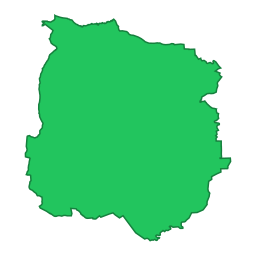 Ilieni, Covasna, Romania
{"feature_id": "2599482B87460313327434", "entity_name": "Ilieni", "entity_type": "district", "adm_level": 2, "iso_a3": "ROU", "parent_name": "Romania", "parent_adm1": "Covasna", "projection": "robinson", "projection_center": [25.742, 45.805], "detail": "fine", "context": "isolated", "style": "filled", "palette": "green", "viewbox_px": 256, "rotation_deg": 0, "n_neighbors": 0, "source": "geoboundaries", "source_scale": "gbopen_adm2", "svg_char_len": 5653}
<svg xmlns="http://www.w3.org/2000/svg" viewBox="0 0 256 256"><path d="M150.0,240.6L150.5,240.6L151.2,240.2L151.8,240.0L153.4,240.1L154.2,239.6L154.8,239.4L156.0,240.3L156.5,240.4L157.2,240.1L157.7,239.1L158.1,238.7L159.3,238.2L159.5,237.8L159.0,237.5L157.8,237.7L156.6,237.1L156.1,236.7L155.9,236.1L156.0,235.5L156.7,235.1L157.8,235.1L158.9,235.5L159.9,235.3L160.3,234.9L160.1,233.5L160.3,232.8L161.2,231.9L162.2,231.3L162.9,230.5L163.4,230.6L164.1,231.4L164.7,231.6L165.6,230.5L166.1,230.3L167.3,230.5L168.3,230.4L169.2,229.7L170.6,229.1L170.7,228.6L170.6,227.9L170.4,227.5L169.4,226.8L169.4,226.6L169.8,226.2L170.9,226.1L171.7,226.3L172.5,227.0L173.3,227.2L177.8,226.8L178.5,227.0L179.9,228.2L180.5,228.4L182.8,228.3L182.9,227.8L182.8,227.1L181.5,226.2L181.3,225.7L181.1,224.0L181.4,222.5L182.0,222.1L184.7,221.8L185.5,221.3L186.3,220.2L189.0,218.0L191.6,212.8L197.1,212.5L203.0,209.9L203.4,209.5L207.1,204.5L206.9,203.6L207.1,203.0L207.0,201.8L209.1,196.6L209.5,193.9L209.7,193.6L209.7,193.1L208.3,191.3L207.9,188.9L208.7,181.3L211.7,179.4L211.6,176.6L216.9,173.8L220.9,172.0L220.7,168.8L227.6,168.6L227.9,167.8L227.8,166.3L230.6,161.5L230.3,158.1L220.1,158.4L220.1,158.0L221.6,157.9L221.3,154.2L221.4,150.4L221.3,146.3L221.2,146.3L221.2,141.1L216.2,141.0L216.0,138.3L217.1,137.0L215.7,135.7L217.0,134.4L216.3,131.2L218.4,130.3L217.0,127.9L216.8,126.6L217.5,125.1L218.8,124.9L219.3,124.6L219.3,123.6L218.8,123.2L214.8,122.5L214.4,121.7L214.5,121.3L215.6,120.6L216.1,120.7L217.0,120.1L217.2,119.7L218.6,118.5L218.1,116.1L218.5,113.6L216.9,113.0L216.4,111.3L216.2,109.3L216.4,109.0L214.5,108.5L212.4,108.2L210.1,106.7L206.8,103.6L206.0,102.4L205.4,102.1L204.8,101.0L203.9,101.4L202.0,101.5L200.7,102.2L200.1,102.1L200.0,101.4L200.1,101.0L201.0,100.3L201.0,99.5L201.5,99.1L201.8,97.2L202.2,96.7L204.3,95.6L207.1,93.7L209.5,93.4L211.1,93.6L213.4,93.4L216.2,92.1L216.7,88.9L217.7,86.2L217.8,85.4L217.3,83.5L217.5,82.5L218.0,81.6L219.0,80.5L221.7,76.9L221.1,76.6L220.0,75.5L219.4,74.5L219.4,74.1L220.0,73.1L215.2,71.1L217.1,69.8L218.2,68.8L220.7,68.0L218.9,66.2L215.9,62.0L214.0,60.7L213.4,60.7L213.0,61.4L213.4,63.1L213.2,63.5L212.2,63.7L210.3,62.5L209.8,62.6L207.5,63.4L206.6,63.1L206.1,61.8L204.0,60.4L202.0,60.8L200.9,59.4L200.7,58.3L198.5,59.2L196.0,55.5L195.2,55.5L194.6,49.2L188.9,49.4L188.9,49.1L184.3,48.9L183.9,44.5L180.7,44.1L174.3,44.7L173.9,44.4L173.9,44.0L173.5,43.8L171.7,43.6L169.6,44.4L165.8,44.7L163.5,44.5L161.5,43.9L160.4,43.2L159.6,43.0L158.8,43.1L157.2,42.9L154.3,43.3L149.0,43.2L145.2,41.8L143.6,40.4L141.1,38.6L138.1,37.0L133.4,35.3L131.1,35.1L129.7,34.6L128.5,33.6L128.2,32.9L126.7,31.6L122.2,30.8L120.7,31.0L119.7,30.9L119.6,30.5L119.0,30.1L118.8,29.6L118.3,27.4L118.5,26.5L117.4,25.2L116.8,24.8L116.4,23.2L115.8,22.3L115.7,21.3L113.7,19.2L112.3,20.2L112.5,20.7L112.3,20.9L112.0,21.0L111.3,20.6L110.7,20.9L110.6,21.3L110.0,21.2L110.2,21.3L110.2,21.5L109.7,21.7L109.6,21.9L108.1,21.5L107.9,21.7L108.1,21.8L107.3,22.3L107.2,22.3L107.3,22.0L107.1,21.9L106.5,22.2L106.0,23.2L105.1,23.5L104.4,23.1L104.2,23.4L103.8,23.2L102.8,23.1L102.4,22.7L102.1,22.8L102.0,23.4L101.8,23.5L99.6,23.3L99.2,23.5L98.5,24.9L98.0,24.9L97.2,24.6L97.1,24.4L97.8,23.8L96.5,23.3L95.6,24.0L94.8,23.9L93.1,24.2L92.4,24.1L92.0,23.6L91.5,23.6L91.1,23.9L91.0,24.3L88.7,24.8L88.4,24.8L88.3,24.6L88.1,24.6L87.7,25.2L85.5,25.9L83.9,25.6L83.3,25.6L83.0,26.4L82.7,26.8L82.3,26.8L81.5,26.2L81.2,26.4L81.3,26.6L80.9,26.5L80.7,25.9L80.4,25.8L79.3,25.8L78.0,25.2L77.7,24.7L76.3,24.3L75.6,23.8L73.9,22.5L71.9,20.0L69.9,19.7L69.4,19.2L68.0,18.9L67.3,18.4L62.9,17.9L59.8,17.2L55.3,15.7L54.9,15.4L54.9,19.0L54.2,19.8L54.2,20.1L50.6,22.1L47.5,21.6L47.3,21.2L42.8,21.1L42.2,21.4L42.3,21.9L42.9,22.3L43.3,22.3L44.0,21.9L44.3,21.9L44.0,22.3L44.0,22.9L42.4,24.8L42.3,25.7L43.0,25.7L45.2,24.3L53.0,30.4L52.1,32.8L50.8,34.4L50.4,37.5L50.1,38.1L49.3,38.8L50.0,39.7L51.2,43.1L51.7,43.6L52.0,43.7L53.0,44.6L55.6,46.1L56.6,47.1L56.6,47.8L56.9,48.5L56.2,49.6L55.4,49.8L55.4,50.2L55.2,50.4L54.2,50.9L53.4,51.5L52.5,52.7L51.8,53.0L49.7,54.9L49.6,55.4L49.1,56.3L49.0,57.1L49.1,57.5L48.3,59.0L48.3,59.5L46.8,61.4L46.6,61.9L45.6,63.3L45.3,64.2L44.6,64.9L44.1,66.0L43.8,67.1L42.3,68.7L42.6,69.8L42.5,70.3L41.8,72.2L40.8,73.9L40.2,77.5L39.5,78.2L39.5,79.2L40.1,82.8L40.0,83.3L39.3,84.6L39.4,86.5L39.0,89.1L39.5,91.6L39.7,93.6L40.0,94.9L40.0,98.2L39.5,102.3L38.8,104.4L38.7,109.1L39.2,111.8L38.9,113.3L39.5,114.0L39.7,116.8L41.2,120.1L42.9,123.1L43.0,123.6L42.4,125.3L42.3,127.8L39.9,130.6L39.8,132.3L40.0,133.1L39.5,134.4L38.3,135.3L38.0,136.0L37.2,137.0L36.5,137.1L35.2,137.8L34.6,137.9L32.7,137.1L31.1,136.8L29.5,135.6L27.4,136.1L27.1,136.8L26.3,146.4L27.1,149.4L26.9,150.6L26.5,151.7L25.5,153.0L25.4,153.8L25.5,156.8L28.6,157.7L29.2,157.6L30.0,158.3L29.3,161.5L29.0,164.1L28.6,165.3L28.3,167.7L28.4,169.6L28.2,170.6L27.3,171.7L26.8,173.5L26.3,174.6L27.9,175.1L29.4,174.9L30.6,175.4L31.0,180.7L30.4,181.2L29.9,182.0L29.8,183.4L29.1,186.5L29.2,187.7L29.6,188.6L30.2,189.3L32.8,190.5L33.3,191.3L36.4,193.6L36.6,194.5L37.4,195.7L39.3,195.7L41.1,196.8L41.8,196.9L42.0,197.5L42.2,199.9L41.9,202.0L42.4,203.0L41.6,204.8L39.4,206.3L40.2,208.0L46.5,211.2L50.3,213.8L50.6,213.5L53.8,215.9L54.9,216.3L56.2,216.3L58.0,215.7L59.4,215.6L61.8,216.1L63.8,215.4L65.3,215.4L67.3,215.8L71.3,215.8L71.9,213.5L70.8,208.4L76.1,208.8L77.1,210.2L78.4,210.6L80.4,212.6L80.8,213.3L80.7,213.8L82.7,215.6L82.9,215.4L85.3,217.6L86.2,218.1L87.7,218.3L92.7,217.9L92.9,218.8L94.8,219.0L95.9,218.9L99.5,215.8L100.8,217.2L109.5,213.9L113.0,212.9L115.2,214.9L119.5,217.9L123.0,215.7L135.7,232.8L144.7,239.0L146.4,238.4L147.4,238.4L148.3,238.8L149.0,239.4L150.0,240.6Z" fill="#22c55e" stroke="#15803d" stroke-width="1.5"/></svg>